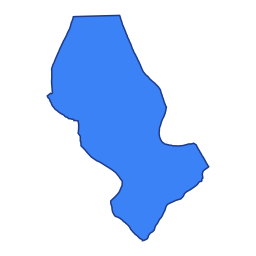 Birkelane, Kaffrine, Senegal
{"feature_id": "50182788B56779252201559", "entity_name": "Birkelane", "entity_type": "district", "adm_level": 2, "iso_a3": "SEN", "parent_name": "Senegal", "parent_adm1": "Kaffrine", "projection": "orthographic", "projection_center": [-15.66, 14.036], "detail": "fine", "context": "isolated", "style": "filled", "palette": "blue", "viewbox_px": 256, "rotation_deg": 0, "n_neighbors": 0, "source": "geoboundaries", "source_scale": "gbopen_adm2", "svg_char_len": 5673}
<svg xmlns="http://www.w3.org/2000/svg" viewBox="0 0 256 256"><path d="M161.4,217.1L161.7,216.8L162.1,216.1L162.5,215.3L162.9,214.3L163.3,213.5L163.6,212.9L163.9,212.1L164.4,211.3L164.7,210.8L164.9,210.1L165.2,209.3L165.6,208.1L165.7,207.4L166.0,206.7L166.7,205.5L167.1,204.8L167.7,204.2L168.6,203.8L169.6,203.3L170.0,203.1L170.6,202.7L171.1,202.6L171.5,202.4L172.2,202.1L173.0,201.7L173.8,201.4L174.6,201.0L175.8,200.4L176.5,200.2L177.5,199.8L178.3,199.7L179.3,199.3L180.4,198.9L180.6,199.0L181.2,198.6L181.7,198.0L182.3,197.2L183.0,196.7L183.5,195.8L184.0,194.9L184.2,194.0L184.7,193.4L185.2,193.0L185.7,192.5L186.5,191.8L190.9,189.3L195.1,186.3L196.0,185.6L197.0,184.8L197.8,183.8L198.9,182.3L199.7,181.7L200.5,181.5L201.0,181.3L201.5,181.3L201.7,180.9L201.9,180.2L201.8,179.3L202.1,178.7L202.4,178.4L202.8,178.1L202.8,177.7L202.6,176.0L202.3,174.7L202.4,173.7L202.6,172.7L202.9,171.7L203.6,170.6L204.4,169.9L207.0,168.1L207.8,167.6L208.4,167.1L208.7,166.5L208.0,165.8L207.6,165.0L207.1,164.1L206.2,162.8L205.8,161.9L205.3,160.9L204.7,159.9L204.2,158.9L203.7,158.2L203.3,157.3L202.5,156.3L202.0,155.6L201.6,154.6L201.1,153.8L200.8,153.1L200.1,152.4L199.8,151.4L199.3,150.7L198.9,149.9L198.4,149.4L198.1,148.6L197.6,147.8L197.2,147.0L196.8,146.3L196.5,145.4L196.1,144.8L195.6,144.4L195.0,144.1L194.3,143.7L193.5,143.2L192.9,143.5L192.1,143.7L191.3,143.9L190.7,144.0L189.8,143.9L189.1,144.0L188.6,144.0L188.4,144.0L188.0,144.2L187.1,144.5L186.5,144.6L185.8,144.8L185.3,144.9L184.1,145.3L182.5,145.6L181.4,145.7L180.4,145.9L179.2,145.8L178.4,146.0L177.5,146.0L176.8,145.9L176.2,145.8L175.4,145.9L174.7,145.8L173.7,145.8L172.8,145.8L172.0,145.5L171.0,145.2L170.0,145.3L168.9,144.9L167.7,144.7L167.1,144.6L166.8,144.3L165.7,144.2L165.0,144.1L164.7,143.9L164.4,143.7L163.5,142.9L162.8,142.6L162.6,142.4L162.0,141.8L161.5,141.1L160.5,139.3L159.6,136.9L159.1,133.6L159.4,129.9L159.5,127.9L160.3,125.7L161.0,123.6L161.3,122.2L161.9,120.7L162.7,118.7L163.6,117.1L164.4,115.3L164.6,114.5L165.2,113.2L165.2,112.6L165.6,111.3L166.3,107.6L166.4,106.9L166.1,106.7L165.5,105.5L165.2,104.4L164.5,103.0L163.9,101.2L163.6,100.0L163.2,98.7L162.5,97.0L162.1,95.3L161.5,93.8L161.4,93.6L160.8,91.7L160.6,90.8L160.5,90.2L160.0,89.3L159.4,88.4L158.9,87.7L158.6,87.2L157.8,86.3L156.9,85.3L156.0,84.6L155.4,83.8L154.5,83.0L153.3,82.0L152.3,81.2L152.2,81.1L151.1,80.1L149.8,78.9L149.7,78.8L149.0,77.9L148.2,76.8L147.4,76.1L146.5,75.5L145.5,74.5L144.5,73.2L143.3,71.8L142.6,70.4L141.9,69.0L141.5,67.8L140.9,66.5L140.4,65.3L139.8,63.9L139.0,62.1L138.4,60.9L137.5,59.3L137.2,58.3L136.6,57.1L136.1,56.3L135.5,54.8L134.5,53.3L133.8,52.0L133.4,50.8L132.9,49.6L132.3,48.6L131.8,47.1L131.3,45.6L130.7,43.9L129.8,42.2L129.3,41.0L128.8,39.6L128.1,38.4L127.5,37.0L127.1,35.5L126.4,34.2L125.9,32.8L125.3,31.2L124.8,30.0L124.3,28.7L123.5,27.0L123.2,26.0L122.8,25.3L122.4,24.4L122.1,23.0L121.6,21.4L121.0,19.8L120.5,18.0L120.0,16.5L119.6,15.4L119.2,15.4L74.3,16.6L73.4,16.8L73.2,16.9L73.1,17.5L73.1,18.1L72.9,18.8L72.6,19.6L72.2,20.7L71.5,22.4L71.1,23.6L70.8,24.8L70.5,26.1L70.1,27.1L69.7,28.7L69.1,29.7L68.7,30.6L68.3,31.3L67.9,32.1L67.5,33.0L66.9,34.3L66.4,35.7L66.0,36.2L65.5,37.5L64.9,38.4L64.3,39.7L63.5,41.0L62.8,42.5L62.7,43.0L61.7,44.7L61.2,46.1L60.5,47.4L59.9,48.6L59.4,49.9L58.8,51.5L58.1,52.9L57.5,54.2L56.9,55.7L56.2,57.2L55.7,58.4L55.2,59.7L54.7,60.8L54.3,62.1L53.6,63.5L53.1,64.4L52.6,65.8L52.3,66.8L51.9,67.8L51.7,68.9L51.6,69.9L51.8,71.3L51.8,72.5L51.8,73.7L51.8,75.4L51.8,76.8L51.8,78.3L51.6,80.2L51.6,82.1L51.7,83.3L51.7,84.5L51.9,86.0L52.0,87.7L52.1,88.8L52.2,90.4L52.4,92.0L52.4,93.1L51.4,93.8L50.4,93.3L48.4,95.1L47.9,95.4L47.6,95.6L47.3,95.8L47.3,96.1L47.5,96.5L47.8,97.3L48.3,97.9L48.5,98.1L48.9,98.4L49.5,99.2L49.6,99.8L49.9,100.6L50.5,101.6L51.4,103.5L52.3,105.7L53.9,107.6L55.2,109.3L56.8,110.4L57.7,111.2L58.8,112.1L59.9,112.9L61.0,113.6L61.9,114.1L62.5,114.3L63.0,114.7L63.5,114.9L64.1,115.3L64.7,116.1L65.1,116.5L66.1,117.1L67.2,117.2L68.2,118.3L68.5,118.5L69.0,118.7L70.1,118.7L71.9,119.2L72.8,119.2L73.6,119.5L74.0,120.6L75.8,120.5L77.3,120.8L77.7,120.8L78.1,120.9L78.7,124.8L78.6,129.2L78.2,133.4L79.7,135.4L80.3,136.3L80.3,140.7L80.3,141.1L80.8,141.9L81.0,144.6L81.0,145.8L83.2,148.0L85.2,150.1L87.2,152.6L91.3,157.0L96.7,160.7L99.9,162.1L102.8,163.9L105.9,165.9L109.2,167.9L112.7,170.2L115.8,172.7L118.8,176.3L120.2,178.5L122.2,181.1L122.2,184.7L121.9,185.8L119.7,191.0L119.2,192.0L117.6,194.1L115.4,196.5L113.6,198.2L112.0,199.7L110.8,200.9L110.7,201.4L110.8,202.7L110.9,203.5L111.0,204.3L111.3,204.7L111.4,205.4L111.7,206.2L111.7,206.6L112.0,207.6L112.0,208.6L112.1,209.3L112.3,210.4L112.5,211.5L112.9,212.3L113.3,213.3L113.7,214.0L113.9,214.5L114.3,215.0L114.6,215.5L115.1,216.1L115.5,216.3L116.2,216.7L117.4,217.0L117.9,217.1L118.9,217.8L119.8,218.1L120.2,218.5L120.8,219.0L121.6,219.5L122.3,220.1L123.1,220.8L123.2,221.2L123.7,221.5L124.2,222.0L125.0,222.4L125.4,222.8L125.9,223.4L126.5,223.7L127.2,224.5L127.6,224.9L128.4,225.4L128.7,226.0L129.6,227.0L129.8,227.6L130.3,228.1L130.3,228.6L130.8,229.4L131.8,230.5L132.8,231.8L133.3,232.3L134.1,233.0L134.3,233.3L134.7,233.7L135.1,234.3L135.6,234.6L136.3,235.0L136.8,235.5L137.2,235.8L137.5,236.0L137.8,236.3L138.4,236.9L138.6,237.2L139.1,237.8L139.6,238.0L140.0,238.6L141.0,239.0L141.8,239.4L142.7,240.1L142.5,240.6L143.3,240.5L144.0,240.4L145.1,239.9L145.9,239.5L146.7,239.1L147.1,238.8L147.5,238.5L148.2,236.7L148.5,235.5L150.2,233.2L151.2,232.6L152.2,232.0L152.8,231.5L153.3,231.1L153.8,230.5L154.1,230.2L154.5,229.0L154.8,228.1L155.1,226.9L155.6,225.8L156.3,224.8L157.1,223.8L157.8,222.8L158.2,221.8L158.6,221.1L159.3,219.8L160.0,218.8L161.1,217.6L161.4,217.1Z" fill="#3b82f6" stroke="#1e3a8a" stroke-width="1.5"/></svg>